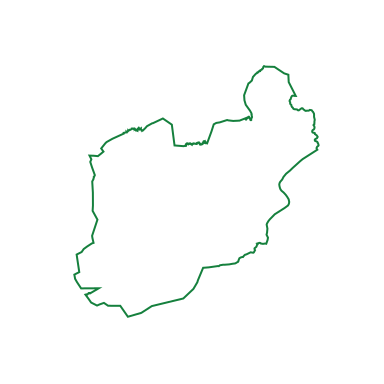 Apayao, Apayao, Philippines, rotated 239°
{"feature_id": "2640588B24165862747597", "entity_name": "Apayao", "entity_type": "district", "adm_level": 2, "iso_a3": "PHL", "parent_name": "Philippines", "parent_adm1": "Apayao", "projection": "albers", "projection_center": [121.354, 18.09], "detail": "fine", "context": "isolated", "style": "outline", "palette": "green", "viewbox_px": 384, "rotation_deg": 239, "n_neighbors": 0, "source": "geoboundaries", "source_scale": "gbopen_adm2", "svg_char_len": 5901}
<svg xmlns="http://www.w3.org/2000/svg" viewBox="0 0 384 384"><g transform="rotate(239 192 192)"><path d="M163.7,321.2L164.9,321.2L165.4,321.3L165.8,321.7L166.4,322.7L166.5,324.0L166.9,324.6L168.2,325.0L169.3,325.0L169.5,325.2L170.4,325.2L171.4,324.7L172.0,324.1L172.5,323.8L173.4,324.0L173.8,324.6L173.8,326.9L174.5,328.1L176.2,328.1L177.2,327.7L177.6,327.6L178.3,327.2L179.3,327.6L179.6,327.4L180.4,326.4L181.1,326.0L181.8,326.1L182.4,326.5L182.8,327.1L182.9,327.7L182.9,328.7L183.2,329.3L183.9,330.1L185.3,330.7L186.0,330.6L186.8,330.6L187.0,331.0L187.2,331.9L188.0,332.3L188.3,332.6L189.6,333.4L190.4,334.2L190.9,334.5L193.5,335.3L195.3,336.4L196.3,336.9L198.4,337.0L198.8,336.8L200.4,336.7L201.0,336.1L201.7,335.2L201.6,334.8L201.6,334.0L202.6,332.3L202.8,331.5L203.2,331.0L204.5,330.5L205.3,330.1L206.7,329.9L207.2,329.4L207.3,328.8L207.0,325.6L207.2,325.2L207.5,324.9L208.7,324.5L210.3,322.3L211.0,321.8L212.6,321.8L213.1,321.5L214.2,321.5L215.6,322.0L216.0,321.8L216.6,321.6L217.5,321.8L218.4,322.4L219.5,322.4L220.0,322.7L220.6,323.5L220.6,324.1L221.0,324.7L221.5,325.1L222.3,326.1L222.8,327.1L222.8,327.7L222.4,328.5L221.7,329.2L220.9,330.4L236.4,331.5L242.9,335.0L246.2,332.1L256.8,327.1L261.7,319.4L262.8,318.6L262.4,317.4L261.9,317.0L261.4,316.5L261.3,316.1L261.4,315.6L261.0,315.0L261.1,314.7L261.0,314.2L261.2,313.2L261.1,312.8L260.7,312.9L260.5,312.7L260.8,312.0L261.0,311.6L261.0,311.3L260.6,310.8L260.5,310.3L260.8,310.1L260.9,309.6L260.8,309.3L260.4,308.9L260.5,307.8L260.3,307.0L259.2,303.5L256.7,300.7L256.0,297.5L256.0,296.3L248.1,286.5L243.6,284.2L239.1,283.0L231.9,283.6L229.0,283.5L227.9,283.2L227.8,282.9L225.4,282.1L224.8,281.5L224.5,280.4L224.0,280.1L223.3,280.0L223.2,279.9L223.2,279.5L223.5,279.2L226.9,279.7L227.2,279.6L227.4,279.2L227.3,278.6L226.8,278.3L226.6,277.8L226.7,277.2L227.0,277.1L227.0,276.5L226.2,275.8L226.2,275.6L226.5,275.4L226.9,275.3L227.6,276.1L228.7,269.5L231.7,263.9L234.8,259.9L235.6,259.2L237.4,251.6L238.7,248.4L238.8,245.5L233.9,239.9L225.9,230.0L226.3,229.7L226.7,230.1L226.9,230.0L226.9,229.5L226.7,228.9L227.0,228.6L227.2,229.0L227.5,229.2L227.9,229.0L228.7,229.2L228.6,228.7L228.2,228.7L228.0,228.4L228.3,228.0L228.6,228.2L229.1,228.8L229.4,228.6L229.4,228.1L228.7,227.7L228.8,227.0L228.1,226.8L227.6,225.6L227.7,225.3L228.0,224.9L227.9,224.3L228.2,223.9L228.7,224.1L228.7,223.9L228.4,223.5L228.7,223.2L229.7,223.5L230.1,223.5L230.5,223.1L230.7,223.6L230.8,223.6L231.0,223.5L231.0,223.0L230.8,222.7L231.4,222.2L231.5,221.4L231.3,221.1L231.0,221.1L230.7,220.8L230.9,220.5L231.5,220.2L231.6,219.5L232.7,218.7L233.0,218.1L232.6,217.6L232.8,216.8L232.7,216.6L232.5,216.3L232.8,216.2L232.9,216.4L233.4,216.5L233.7,216.1L233.7,215.6L234.0,215.5L234.4,215.5L234.8,215.4L234.9,214.9L234.6,214.5L235.0,214.0L234.7,213.4L234.9,213.2L235.2,213.2L235.8,213.4L236.0,213.2L236.0,212.8L236.3,212.7L236.3,212.2L236.0,211.2L235.8,211.1L235.2,211.1L234.6,210.6L234.6,210.4L235.1,209.9L235.6,208.4L240.9,201.0L260.1,209.4L270.0,204.9L271.1,194.0L271.4,193.3L271.6,187.3L270.8,184.8L270.0,181.5L270.0,181.1L270.1,180.9L270.4,180.6L270.8,180.9L271.2,180.8L271.1,180.7L271.3,180.7L271.5,180.6L271.6,180.8L271.6,180.6L272.0,180.6L272.0,180.8L272.1,180.5L272.5,180.7L272.4,180.4L272.6,180.6L272.7,180.1L272.9,180.1L272.9,179.9L272.8,179.7L273.5,179.6L273.4,179.4L273.3,179.5L273.2,179.3L273.4,179.3L273.4,179.1L273.9,179.2L273.8,178.9L274.2,178.9L274.0,178.6L273.9,178.3L274.1,178.0L274.0,177.8L273.8,177.9L273.6,177.8L273.7,177.5L273.6,177.4L273.6,177.2L273.4,177.1L273.3,176.9L273.1,176.9L273.2,176.5L273.4,176.5L273.1,176.4L273.4,176.2L273.1,176.2L273.3,176.0L273.2,175.9L273.3,176.0L273.6,175.8L273.7,175.6L274.0,175.7L274.1,175.8L274.3,175.8L274.1,176.1L274.9,175.6L275.1,175.5L275.1,175.4L275.2,175.5L275.3,175.4L275.5,175.4L275.4,175.2L275.5,174.9L275.7,174.7L275.9,174.8L275.9,174.6L276.0,174.8L276.2,174.5L276.3,174.7L276.5,174.6L276.7,174.2L276.8,174.0L277.1,173.5L277.3,173.4L277.4,173.1L277.2,173.0L277.0,172.5L277.1,170.9L277.3,170.8L277.3,170.5L277.5,170.3L277.4,169.9L277.2,169.4L277.3,169.2L277.2,169.1L277.3,168.7L277.5,168.7L277.3,168.5L277.1,168.5L277.0,168.3L277.0,167.8L276.7,167.0L277.4,166.8L276.9,166.5L277.9,163.9L277.2,163.6L278.6,151.3L278.8,144.5L278.4,142.8L276.1,136.6L272.2,136.9L271.7,133.6L271.2,129.8L273.5,126.7L276.0,122.9L271.9,122.6L270.2,120.3L264.6,119.0L256.5,117.4L255.9,116.6L255.6,115.6L255.4,115.5L255.1,115.5L254.2,114.4L253.9,114.3L252.4,111.9L242.5,106.7L231.4,100.1L227.0,97.1L217.0,96.7L205.9,83.8L203.7,82.9L199.1,81.4L199.5,79.7L199.3,74.1L198.9,69.8L197.4,66.5L197.8,60.9L181.4,54.1L181.8,48.6L177.8,47.1L174.1,47.0L166.5,47.3L157.5,62.5L157.6,52.4L158.1,52.4L158.6,51.4L158.1,49.9L158.1,49.6L158.3,49.3L158.0,48.9L158.2,48.7L158.4,48.8L158.7,48.6L158.9,47.8L153.7,48.3L149.2,48.6L143.6,52.1L143.2,55.1L142.3,59.4L137.7,61.5L131.4,71.9L118.1,72.8L114.5,86.3L114.9,98.8L105.2,129.7L108.2,143.3L111.9,150.1L113.2,151.5L121.3,162.5L118.8,167.5L115.2,176.0L114.6,176.8L114.8,178.2L113.6,181.3L112.9,182.4L110.8,186.6L109.6,189.8L108.8,191.6L108.5,192.4L108.5,195.2L108.4,195.4L109.0,196.4L109.3,196.5L110.8,198.5L110.8,200.0L110.4,201.6L110.0,202.2L110.6,203.7L110.9,205.1L110.5,206.5L110.1,211.2L108.4,213.2L108.4,213.9L109.7,216.1L110.4,216.1L111.1,216.3L111.5,216.6L111.9,218.9L112.1,219.3L113.3,220.6L113.3,221.2L113.6,221.7L114.2,221.5L113.8,223.0L113.8,223.4L113.5,223.9L113.2,224.2L112.8,224.4L112.5,224.4L111.4,225.6L110.8,226.5L110.2,228.1L109.4,229.0L111.9,232.0L113.7,233.6L117.0,233.9L118.5,235.4L121.8,237.8L125.6,239.2L126.4,240.1L127.7,242.5L128.5,244.6L130.3,251.5L130.6,263.2L131.0,267.4L132.0,269.0L133.4,270.2L136.0,271.1L138.9,271.1L141.3,270.9L144.3,270.3L146.9,269.4L148.6,269.2L150.3,269.5L152.2,270.1L153.7,270.8L154.8,272.0L155.3,272.9L156.3,275.8L157.8,278.2L159.2,282.1L159.9,287.0L160.8,290.8L162.7,300.5L163.2,303.8L163.7,321.2Z" fill="none" stroke="#15803d" stroke-width="2"/></g></svg>